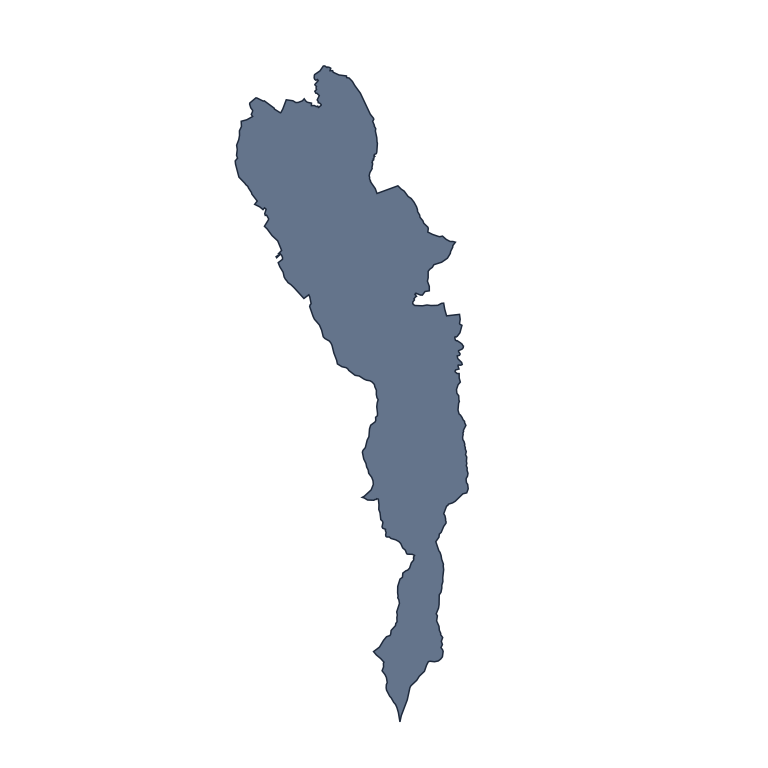 the district of Musetesti, Gorj, Romania, rotated 156°
{"feature_id": "2599482B16090003119204", "entity_name": "Musetesti", "entity_type": "district", "adm_level": 2, "iso_a3": "ROU", "parent_name": "Romania", "parent_adm1": "Gorj", "projection": "albers", "projection_center": [23.469, 45.217], "detail": "fine", "context": "isolated", "style": "filled", "palette": "slate", "viewbox_px": 768, "rotation_deg": 156, "n_neighbors": 0, "source": "geoboundaries", "source_scale": "gbopen_adm2", "svg_char_len": 6160}
<svg xmlns="http://www.w3.org/2000/svg" viewBox="0 0 768 768"><g transform="rotate(156 384 384)"><path d="M430.2,645.3L432.4,632.0L429.3,623.5L429.3,622.6L428.0,619.9L428.1,618.4L427.2,612.8L427.5,611.3L425.4,602.7L429.1,600.7L425.5,596.4L423.6,592.5L421.5,593.5L420.6,591.6L423.7,588.1L423.9,586.3L422.6,586.0L422.2,582.0L422.8,581.0L429.1,576.7L427.7,573.2L425.9,565.1L422.9,558.0L423.2,547.7L426.8,546.2L425.9,545.9L425.8,545.1L430.8,544.2L430.7,543.0L426.1,544.6L425.2,543.6L425.2,541.1L426.0,539.2L431.3,537.9L431.5,533.5L430.7,527.1L431.7,522.4L431.4,519.2L431.0,518.7L430.5,515.7L428.6,512.6L427.1,508.9L422.4,494.7L416.4,496.1L416.4,493.7L417.9,487.0L419.2,486.4L420.4,485.0L421.3,474.5L421.2,471.4L419.0,464.2L419.1,458.4L420.3,451.9L419.5,449.6L416.4,445.4L415.8,442.7L415.8,440.3L417.2,432.7L417.6,425.0L418.4,421.3L415.4,416.9L411.8,414.2L410.8,412.1L410.7,410.8L406.9,403.7L403.4,401.4L400.2,396.5L398.3,394.5L395.4,392.6L394.0,390.5L393.0,387.5L393.5,385.2L393.5,381.4L395.3,377.5L396.0,374.3L395.7,372.1L397.9,369.5L399.9,366.1L401.8,360.0L402.9,357.7L405.2,357.0L406.4,354.0L407.6,353.0L412.9,351.8L415.5,348.9L419.2,342.0L422.2,339.6L426.9,333.5L430.2,331.9L431.5,330.5L433.0,323.8L432.8,318.7L433.6,315.2L433.4,311.9L434.3,308.7L433.2,303.8L433.4,300.1L434.6,296.6L438.8,292.5L447.6,289.5L450.0,289.3L448.4,287.9L446.2,284.7L440.5,281.9L439.5,282.2L438.1,281.7L437.4,282.2L436.0,281.1L437.7,275.8L439.8,271.5L440.0,268.0L442.1,261.4L441.2,259.3L441.4,257.8L443.9,254.3L443.8,252.7L441.7,250.6L442.4,249.5L442.5,247.4L443.9,245.5L444.2,243.9L443.6,243.1L441.3,242.0L440.5,240.1L436.7,236.9L434.5,234.0L433.6,231.5L433.6,226.7L432.1,223.5L432.3,219.7L431.6,218.9L427.4,216.9L425.8,215.0L427.5,213.8L427.5,212.9L428.0,212.7L428.2,211.6L428.7,211.0L431.8,209.5L435.5,205.4L438.2,204.3L439.8,204.5L443.7,203.6L445.8,199.9L448.7,199.3L453.8,193.5L456.5,187.7L457.4,184.5L458.4,183.1L458.2,180.9L459.1,177.3L465.1,170.6L465.8,167.5L467.2,165.5L468.8,161.5L470.7,160.4L471.8,158.6L477.7,156.0L479.6,152.8L480.8,151.8L484.5,152.1L488.7,150.0L495.1,145.5L502.4,143.8L501.2,139.6L498.7,134.5L497.2,129.9L498.2,129.0L499.5,125.7L502.4,122.8L501.3,118.1L501.2,114.9L502.5,109.9L504.1,108.5L505.6,105.6L506.2,103.3L505.8,96.5L505.1,94.3L504.6,89.2L503.8,86.5L503.8,83.1L504.5,78.0L506.9,68.8L503.1,74.0L491.2,86.0L483.8,96.1L482.1,97.4L474.6,100.0L470.6,102.7L463.9,105.1L459.4,109.9L456.4,112.3L454.7,112.0L450.8,109.7L447.1,108.9L444.0,109.7L441.6,111.0L438.7,115.7L438.6,117.6L439.2,120.0L436.6,122.2L436.3,125.6L433.5,128.5L434.2,132.0L433.6,133.1L433.6,136.5L432.3,140.3L432.3,146.2L429.5,150.5L429.8,152.8L425.3,157.1L423.4,160.1L419.3,168.9L416.6,170.6L414.2,174.0L413.1,176.6L410.6,179.5L409.1,183.2L405.0,190.1L403.9,193.7L403.0,195.2L402.6,200.4L401.6,204.2L401.3,207.5L401.7,209.3L400.8,218.9L396.1,221.7L394.5,224.4L392.1,225.2L387.4,229.6L383.9,231.7L383.3,233.0L383.3,234.2L382.6,235.6L381.9,238.8L382.2,241.2L376.5,247.0L375.1,247.1L374.1,248.0L369.7,247.5L366.6,247.9L356.6,251.6L352.7,250.9L349.7,254.0L348.4,258.2L348.8,260.3L347.9,263.2L347.2,264.4L345.3,265.7L343.6,268.2L343.2,271.5L342.1,273.5L342.1,275.9L340.6,277.8L340.2,279.8L338.1,283.6L338.3,286.2L336.3,288.8L336.2,291.6L335.6,292.7L335.4,295.1L334.7,296.1L334.3,298.9L334.6,301.2L333.8,303.5L332.2,305.7L331.8,307.2L330.6,308.2L330.3,309.4L326.0,312.9L326.1,315.7L325.6,317.2L326.3,319.1L326.3,321.7L326.8,324.5L327.6,326.1L327.0,330.1L323.7,336.0L322.2,337.5L322.1,338.8L320.5,342.9L321.2,345.9L320.0,349.5L316.6,353.2L313.5,354.7L312.9,358.8L311.1,363.0L313.0,363.9L314.0,366.0L313.9,366.8L312.8,367.7L309.4,367.2L309.1,370.4L308.5,371.1L306.1,369.9L304.6,370.0L304.3,372.1L306.3,377.2L305.7,379.9L303.5,379.5L302.6,380.0L302.2,380.8L302.7,383.3L302.3,384.1L298.6,384.1L296.9,384.9L296.0,386.3L296.4,387.1L296.4,388.5L297.4,390.5L299.6,393.9L300.1,393.9L300.9,395.0L300.6,397.4L299.8,398.2L299.0,397.6L297.7,397.8L293.8,399.9L288.9,405.9L290.3,407.6L290.4,408.5L288.1,412.1L286.7,416.9L299.1,420.8L298.1,427.7L296.6,433.6L298.7,434.3L302.9,434.0L309.2,436.6L312.6,438.7L317.1,439.8L324.1,443.3L325.1,445.7L324.2,447.3L322.0,448.4L322.0,449.6L319.5,450.9L318.8,450.8L319.0,451.6L318.7,452.2L319.3,453.1L318.4,454.0L317.8,453.9L314.6,450.5L312.8,449.6L308.9,451.8L304.7,450.7L302.9,454.8L302.5,460.3L300.5,463.0L297.8,469.0L295.5,470.2L292.4,470.9L289.9,472.7L281.8,471.8L274.9,473.1L270.3,476.3L269.3,477.9L265.5,481.1L264.9,482.4L261.1,484.5L263.0,486.1L265.6,487.3L268.3,490.7L270.4,495.3L273.2,495.9L274.4,496.8L278.8,500.9L282.2,505.0L280.4,507.8L280.1,509.3L282.3,514.7L282.1,517.3L283.3,521.7L282.7,523.9L283.2,527.8L282.5,529.8L282.2,532.6L282.6,537.8L283.7,542.4L285.7,545.5L287.1,552.0L289.0,555.0L290.7,559.4L312.9,560.9L312.5,566.1L314.1,574.4L313.7,574.7L313.8,577.2L313.0,578.8L312.9,580.2L311.0,582.8L307.2,585.6L306.9,586.8L304.8,589.7L304.8,591.3L304.3,591.4L303.9,592.5L302.2,593.0L302.4,593.9L301.2,594.5L300.7,595.7L299.8,595.7L300.1,597.0L299.3,597.6L297.3,597.6L296.2,598.9L292.1,606.6L291.9,608.0L290.4,611.9L289.0,618.6L287.7,620.6L288.0,623.6L287.6,624.2L287.5,628.6L285.7,629.9L285.5,631.0L286.8,636.1L287.3,659.3L289.3,668.6L289.8,673.3L291.4,677.7L293.5,679.1L293.0,680.7L299.4,684.6L303.6,689.4L303.5,691.1L305.9,692.2L304.2,694.1L305.1,695.4L306.5,696.5L307.3,696.3L308.7,698.6L310.1,699.2L315.1,696.1L321.5,694.9L322.1,694.3L323.3,692.1L323.4,690.5L322.7,689.2L320.9,689.2L320.7,687.9L325.3,685.8L325.4,685.1L324.7,683.2L325.7,682.1L325.8,680.5L328.1,679.6L328.0,677.4L327.0,676.8L325.8,673.8L329.5,670.7L329.2,668.6L329.7,667.8L328.4,666.6L327.7,664.8L328.0,664.2L331.0,663.3L331.5,663.3L331.5,664.8L333.1,665.0L334.3,666.7L337.1,667.8L336.0,670.1L339.5,672.6L340.4,674.4L340.9,677.0L343.3,675.9L347.8,676.1L350.1,677.0L352.0,679.8L357.7,683.4L364.6,676.4L367.8,673.9L368.4,673.9L372.3,679.7L372.1,680.6L378.2,691.4L379.2,691.5L383.8,697.0L384.7,697.5L392.3,695.3L392.9,694.4L393.4,690.5L392.7,687.4L393.5,686.1L395.6,684.3L395.2,681.8L401.9,681.2L407.6,682.1L409.5,677.2L413.1,674.1L414.9,669.8L417.3,666.3L421.5,662.1L422.7,657.9L425.7,652.9L425.9,649.9L429.2,648.3L430.2,645.3Z" fill="#64748b" stroke="#1e293b" stroke-width="1.5"/></g></svg>